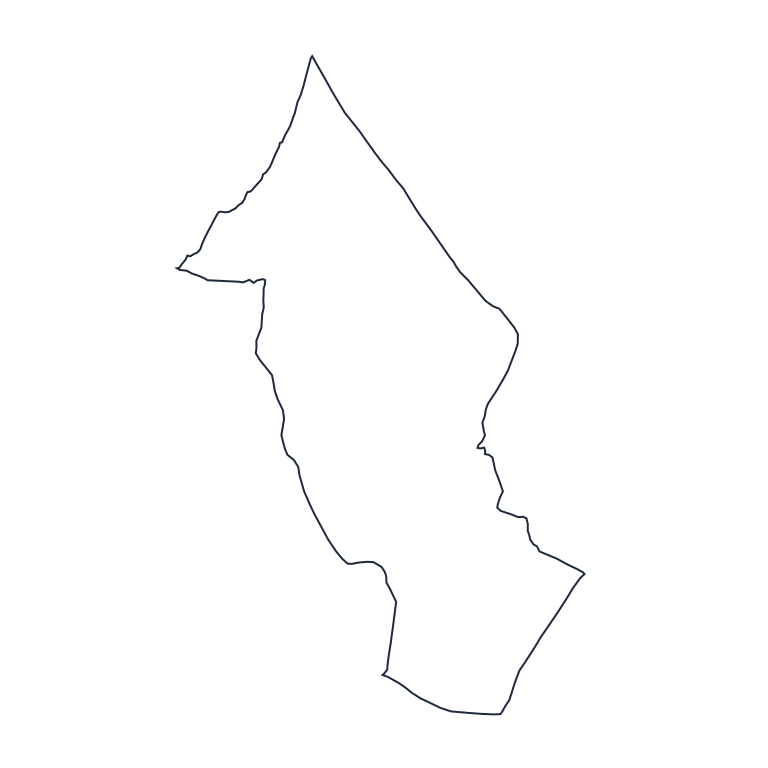 the district of Barclayville, Grand Kru, Liberia, rotated 95°
{"feature_id": "62588387B34130334496008", "entity_name": "Barclayville", "entity_type": "district", "adm_level": 2, "iso_a3": "LBR", "parent_name": "Liberia", "parent_adm1": "Grand Kru", "projection": "mercator", "projection_center": [-8.19, 4.713], "detail": "fine", "context": "isolated", "style": "outline", "palette": "slate", "viewbox_px": 768, "rotation_deg": 95, "n_neighbors": 0, "source": "geoboundaries", "source_scale": "gbopen_adm2", "svg_char_len": 3120}
<svg xmlns="http://www.w3.org/2000/svg" viewBox="0 0 768 768"><g transform="rotate(95 384 384)"><path d="M63.7,484.1L66.1,485.3L77.3,487.3L84.0,488.5L94.2,490.2L103.1,492.1L110.9,494.8L121.6,496.4L128.5,498.3L135.2,500.0L140.4,502.2L144.1,504.0L148.9,505.6L151.4,506.4L152.1,506.6L152.8,508.7L156.8,509.2L165.2,512.5L172.0,514.6L177.7,516.5L183.6,520.1L185.7,522.7L186.3,522.8L190.5,523.7L194.5,526.6L198.7,529.8L202.9,532.8L204.2,534.5L204.7,536.7L207.6,537.9L212.1,539.1L216.0,541.2L218.4,544.3L222.2,547.5L223.9,550.3L226.2,553.8L226.8,557.6L226.7,559.4L226.5,561.4L227.0,563.5L229.1,564.8L233.3,566.7L240.6,569.7L245.4,571.8L253.3,575.0L260.5,577.5L265.9,578.8L269.3,581.4L271.2,584.8L273.7,588.3L273.2,591.1L277.4,592.5L282.4,596.0L286.2,598.1L286.7,600.3L288.1,597.6L288.4,590.2L290.8,584.6L291.4,582.1L292.4,577.9L294.4,572.0L296.0,568.9L294.8,537.9L294.9,536.2L295.1,533.7L293.7,530.5L291.9,527.1L294.6,522.7L291.9,519.5L290.1,513.9L290.9,511.4L294.7,511.3L299.8,512.2L305.1,511.8L311.5,511.5L317.7,510.5L321.2,510.8L325.1,511.4L332.0,511.2L338.7,511.1L347.0,513.5L351.9,514.9L359.2,514.2L362.6,514.3L364.6,514.4L370.9,509.8L379.3,501.7L385.0,496.3L393.1,494.0L400.4,492.2L408.3,488.7L419.1,482.3L427.6,480.5L437.2,481.2L443.9,481.8L444.6,481.5L449.4,479.9L456.4,477.4L463.0,474.0L463.9,472.6L467.5,467.2L474.1,462.2L482.4,460.2L498.0,454.2L504.9,450.4L510.1,447.6L519.5,442.1L543.9,426.0L555.3,416.8L558.9,413.2L561.4,410.8L566.1,404.7L566.0,400.3L564.1,393.8L562.6,385.3L562.4,378.9L566.0,371.3L566.4,370.5L571.1,366.9L575.1,365.1L581.8,364.2L587.1,360.5L595.9,355.3L599.9,352.9L626.5,354.0L638.0,354.6L641.4,354.7L653.7,355.6L664.5,356.0L668.3,355.9L672.3,358.5L674.0,360.1L675.4,354.8L679.8,345.0L680.2,344.0L684.3,336.6L689.2,329.4L694.2,319.8L695.6,315.8L698.3,308.6L701.8,299.4L704.3,288.7L704.3,286.1L704.3,270.8L704.1,257.5L703.6,246.4L703.1,242.0L702.7,239.2L701.9,238.8L699.5,237.4L694.5,235.2L688.1,231.7L680.4,229.9L674.5,228.6L668.9,227.3L660.0,224.8L657.8,224.2L648.5,219.0L634.7,211.7L628.1,208.4L622.7,205.9L611.0,199.2L596.1,190.9L581.1,183.0L577.3,181.1L571.4,178.3L560.3,171.7L555.9,167.7L554.4,169.2L551.6,175.3L547.7,185.8L543.0,196.5L537.3,214.4L532.4,217.5L530.8,221.0L526.4,224.7L521.4,226.3L518.1,227.9L510.8,228.6L505.3,230.4L504.1,234.1L505.0,238.5L502.8,245.8L500.2,256.8L497.3,260.4L493.5,260.1L487.4,258.7L480.6,256.2L471.2,260.3L466.7,262.5L460.0,265.8L453.6,267.7L447.7,269.6L445.5,273.1L445.0,277.3L441.7,277.3L438.6,278.8L439.8,282.4L439.5,285.2L436.5,284.6L432.7,281.4L426.4,278.9L422.1,280.5L413.9,282.6L412.1,282.1L407.2,280.8L401.0,280.4L397.1,279.5L393.9,278.4L381.8,271.8L369.0,265.7L359.7,261.7L350.5,259.1L339.8,256.0L332.5,254.3L322.9,254.9L322.2,255.3L316.6,259.0L308.9,266.1L299.0,275.6L297.1,282.1L292.3,290.2L281.7,300.8L273.2,309.3L266.0,317.9L260.7,322.3L255.7,325.8L251.9,329.6L243.7,336.4L227.2,350.1L221.0,355.6L212.3,363.3L206.8,367.6L203.9,369.8L187.2,382.1L180.3,389.2L170.3,398.1L164.9,403.6L161.1,407.3L154.8,413.0L142.6,423.4L134.6,430.1L117.3,446.6L98.7,460.1L84.7,469.6L71.6,478.7L63.7,484.1Z" fill="none" stroke="#1e293b" stroke-width="2"/></g></svg>